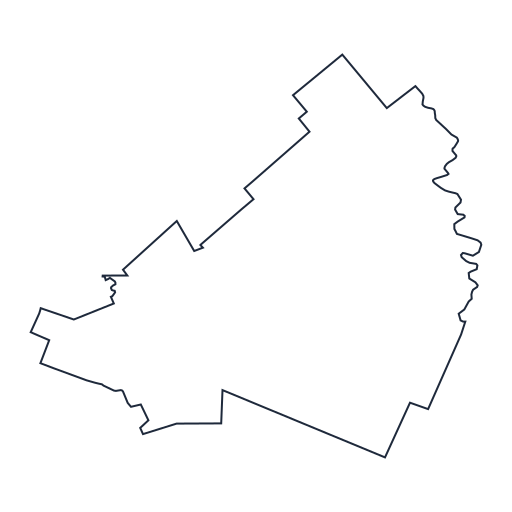 Piatra, Teleorman, Romania (orthographic projection)
{"feature_id": "2599482B63430265484644", "entity_name": "Piatra", "entity_type": "district", "adm_level": 2, "iso_a3": "ROU", "parent_name": "Romania", "parent_adm1": "Teleorman", "projection": "orthographic", "projection_center": [25.223, 43.835], "detail": "fine", "context": "isolated", "style": "outline", "palette": "slate", "viewbox_px": 512, "rotation_deg": 0, "n_neighbors": 0, "source": "geoboundaries", "source_scale": "gbopen_adm2", "svg_char_len": 2311}
<svg xmlns="http://www.w3.org/2000/svg" viewBox="0 0 512 512"><path d="M415.4,86.1L405.1,94.0L386.8,108.1L342.3,54.6L293.0,95.2L306.8,111.7L298.8,118.5L309.5,131.7L252.1,181.9L244.5,188.4L249.0,193.8L253.5,199.2L241.6,209.2L201.0,244.4L200.4,245.0L202.9,247.7L194.2,251.0L179.8,226.2L176.8,221.0L171.8,225.5L123.0,269.7L127.3,275.5L102.7,275.6L102.6,276.5L103.5,276.6L104.1,276.4L104.8,276.8L105.0,277.7L105.4,278.9L105.7,280.1L108.0,279.1L109.9,277.9L114.8,281.4L115.4,282.6L115.4,284.3L113.0,285.5L111.1,287.3L111.0,288.1L111.8,290.0L113.1,290.5L114.7,290.8L115.1,292.3L114.3,293.5L112.3,296.2L110.9,296.8L113.8,303.5L73.8,319.5L40.7,308.2L40.1,310.6L39.2,313.5L30.7,332.2L38.3,335.5L49.2,340.2L40.4,363.2L53.3,368.1L86.5,380.3L94.9,382.7L96.1,383.0L99.0,383.7L101.9,384.3L103.5,385.6L114.0,390.6L115.9,390.9L120.8,390.1L122.1,390.5L123.0,391.5L127.7,402.9L131.0,406.8L140.8,404.5L148.4,420.3L140.2,427.9L143.0,434.1L176.6,423.6L221.2,423.4L222.5,390.1L385.0,457.4L410.0,402.7L428.1,409.1L461.1,334.5L465.3,321.6L463.1,321.6L460.6,320.4L458.7,313.7L464.3,309.5L468.7,301.5L471.7,298.8L471.4,294.5L472.1,291.7L473.1,289.7L477.1,287.0L477.7,285.3L475.4,282.3L469.3,278.5L468.7,273.0L470.8,271.6L476.7,269.2L477.4,265.4L476.2,263.9L469.6,262.8L466.2,261.1L461.7,257.2L461.0,255.0L462.8,253.0L464.8,253.3L472.9,255.7L478.9,252.0L480.1,248.4L481.3,244.8L480.6,242.6L477.6,240.3L471.8,238.4L456.9,233.9L455.7,231.4L454.4,229.0L454.3,224.1L457.8,221.5L464.5,217.4L464.7,215.9L463.3,214.7L457.7,214.1L455.1,209.6L455.4,207.5L460.5,202.5L461.0,199.7L457.4,194.0L455.4,193.2L451.9,192.4L448.7,191.6L445.0,190.4L440.9,187.9L437.8,185.6L434.4,183.0L433.2,181.5L433.0,180.8L433.0,180.3L433.6,179.6L434.5,179.0L437.0,178.1L441.1,176.9L447.1,175.0L448.5,173.9L448.0,173.0L444.5,168.8L444.4,168.2L445.0,166.3L446.8,163.9L448.9,162.2L452.6,160.1L455.6,157.8L456.3,156.3L456.2,155.4L452.5,151.0L452.5,149.5L452.6,148.7L453.3,148.0L453.9,147.6L454.4,147.1L456.2,144.3L458.0,141.3L458.1,140.3L457.5,138.7L456.8,137.6L451.4,134.5L446.1,129.1L436.2,120.0L435.3,118.1L435.2,115.3L434.8,112.9L434.7,111.1L434.2,110.0L433.4,109.1L431.4,108.4L428.1,107.8L425.1,106.8L423.5,105.7L422.5,104.5L422.8,101.4L423.5,97.8L423.4,96.0L422.2,93.7L419.3,90.4L417.6,88.6L415.6,86.3L415.4,86.1Z" fill="none" stroke="#1e293b" stroke-width="2"/></svg>